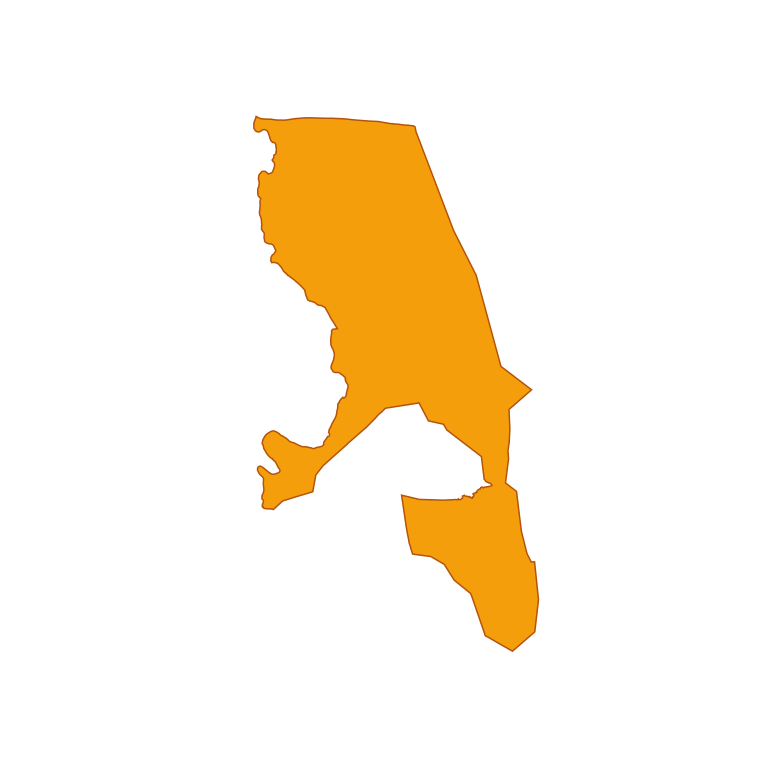 outline of Santiago Jamiltepec, Oaxaca, Mexico, rotated 146°
{"feature_id": "50627088B72731607601772", "entity_name": "Santiago Jamiltepec", "entity_type": "district", "adm_level": 2, "iso_a3": "MEX", "parent_name": "Mexico", "parent_adm1": "Oaxaca", "projection": "robinson", "projection_center": [-97.731, 16.225], "detail": "fine", "context": "isolated", "style": "filled", "palette": "amber", "viewbox_px": 768, "rotation_deg": 146, "n_neighbors": 0, "source": "geoboundaries", "source_scale": "gbopen_adm2", "svg_char_len": 6108}
<svg xmlns="http://www.w3.org/2000/svg" viewBox="0 0 768 768"><g transform="rotate(146 384 384)"><path d="M264.9,296.7L277.2,333.2L246.8,422.5L240.5,472.2L216.4,575.2L214.5,579.8L215.2,581.5L219.5,585.2L220.4,585.8L221.7,586.8L227.4,591.8L229.3,593.2L231.2,594.9L232.5,595.8L242.2,605.0L248.8,609.9L259.9,618.7L269.0,626.3L278.7,633.5L284.6,637.5L296.0,645.7L300.9,648.9L303.0,650.2L305.3,651.4L307.5,652.7L311.5,654.8L316.4,657.0L319.0,658.4L323.7,661.7L325.7,663.1L329.8,666.9L331.3,667.8L337.2,672.3L338.3,673.5L340.4,677.3L341.8,676.0L344.6,674.2L345.9,673.1L346.8,671.9L348.9,668.6L349.0,665.7L348.4,664.7L348.3,664.2L346.5,662.7L344.8,662.6L343.9,662.5L343.3,662.8L342.9,662.7L340.9,661.9L339.8,660.5L339.4,659.5L339.3,658.6L339.5,656.9L340.0,655.6L340.0,654.8L340.3,654.2L340.6,652.9L341.2,651.5L341.6,649.5L341.6,648.5L341.4,647.0L341.2,646.5L340.0,645.6L339.6,644.4L339.9,642.9L341.0,641.0L341.6,639.5L343.2,637.0L343.3,637.0L343.5,636.8L343.8,636.9L344.0,636.8L344.1,635.8L345.0,635.3L345.5,635.2L347.0,635.4L347.5,635.1L347.6,634.8L348.3,633.9L349.2,633.1L349.5,632.9L350.6,632.6L351.5,632.2L351.7,630.9L351.4,630.4L351.2,628.9L351.7,627.8L351.7,627.5L353.2,625.6L355.0,624.1L356.1,623.5L356.7,622.8L357.6,622.3L359.2,621.8L362.6,623.0L362.9,625.1L363.7,626.8L364.7,627.6L365.6,628.2L366.4,628.4L369.1,627.8L370.9,627.1L372.4,625.5L373.0,624.9L374.0,623.0L374.5,621.1L375.7,619.6L376.6,618.7L376.9,618.1L377.7,617.3L378.2,617.3L379.2,616.6L381.1,614.1L382.6,611.6L383.0,610.0L382.9,608.6L382.4,606.8L384.8,604.7L385.1,604.3L385.6,603.1L385.8,603.1L385.9,602.5L388.8,598.9L389.6,597.6L390.8,596.7L391.8,595.1L392.4,593.7L392.8,591.4L393.7,588.9L395.8,585.3L396.0,584.7L397.9,582.4L399.0,580.6L399.0,580.2L399.1,579.2L399.0,577.9L398.9,577.2L398.9,576.5L399.2,575.5L401.8,572.2L401.9,571.6L403.2,568.8L402.6,566.7L401.0,564.6L399.1,563.0L398.5,561.7L398.2,560.7L398.2,560.0L398.5,558.7L398.6,558.4L399.0,555.5L399.4,554.9L401.1,553.9L402.9,553.4L404.5,553.4L406.6,552.3L408.8,549.9L408.9,549.2L409.1,549.1L409.1,548.7L409.2,547.3L408.2,546.9L407.0,546.1L405.3,544.3L404.9,543.7L404.7,542.9L404.4,542.5L403.9,538.1L404.2,533.6L403.4,530.3L403.2,530.2L403.0,527.8L402.4,527.1L402.4,526.9L402.0,525.4L400.3,520.8L399.6,517.9L399.1,516.5L397.9,511.0L397.2,506.3L399.1,501.4L400.2,496.4L399.3,494.6L396.0,490.6L394.8,486.8L393.4,485.2L392.3,484.4L390.1,480.5L390.7,472.6L391.2,469.5L391.4,465.7L391.4,462.5L391.8,455.9L396.0,458.1L397.7,457.4L398.9,455.6L403.3,450.7L406.2,446.0L406.3,445.0L406.7,443.8L406.8,441.6L407.9,437.8L409.3,435.2L411.2,433.5L412.3,432.2L416.8,429.2L417.8,428.3L418.7,427.3L419.0,426.8L419.1,426.0L419.0,425.3L419.3,423.3L419.2,422.4L417.9,420.7L416.3,419.6L415.8,419.4L415.1,418.9L413.6,414.9L412.9,412.6L412.6,411.3L413.4,409.1L413.7,409.2L414.3,407.3L414.3,404.3L414.7,402.8L416.3,400.7L417.4,400.1L418.9,398.6L420.6,397.1L421.1,396.4L422.0,395.5L423.0,395.0L423.9,394.8L425.2,394.8L425.5,396.0L428.0,395.6L430.6,394.6L431.3,394.1L431.2,393.9L431.8,393.6L432.7,393.5L433.4,393.3L436.2,389.5L437.0,389.0L438.9,387.1L439.6,386.1L440.2,385.6L440.3,385.6L441.2,384.6L443.9,382.8L444.8,382.5L445.5,382.1L448.9,380.4L452.5,378.1L455.3,376.6L455.6,376.1L456.9,374.8L457.0,373.8L457.1,372.9L458.0,371.9L458.6,371.5L458.9,371.4L460.2,372.0L460.9,371.5L465.0,370.0L466.1,369.6L466.5,369.4L466.8,369.0L467.6,368.1L467.8,367.6L468.1,367.4L470.1,367.0L472.2,367.7L475.4,369.1L475.9,369.1L476.6,369.3L478.3,369.7L479.4,370.7L480.0,371.7L481.5,373.1L482.5,374.4L483.7,375.4L486.5,377.6L487.4,378.5L488.8,380.7L491.6,385.7L492.9,387.1L494.0,388.6L494.5,389.8L495.1,392.6L495.9,394.9L496.2,395.2L496.8,396.9L498.2,399.1L498.5,400.1L498.6,401.3L499.4,403.3L500.2,404.8L501.6,406.8L502.6,407.3L504.3,407.9L508.2,408.1L510.0,408.0L510.3,407.8L512.1,407.3L513.7,406.5L515.8,405.3L518.4,402.7L518.4,401.1L519.7,397.7L520.1,392.0L520.0,390.1L519.7,387.8L518.8,385.0L518.5,384.4L518.3,384.4L518.5,383.9L517.6,380.3L517.8,378.9L517.7,378.3L518.3,374.6L518.3,371.2L518.7,370.3L519.3,369.7L520.3,369.5L521.4,369.5L522.3,369.8L522.9,369.9L525.6,370.6L526.8,371.6L527.4,371.9L527.9,373.0L529.0,375.5L530.3,380.0L531.0,382.3L531.8,384.1L532.5,385.1L533.3,385.5L534.7,385.6L536.2,384.6L537.0,383.3L537.3,381.6L537.6,379.3L537.2,377.2L536.5,374.1L536.6,373.4L537.9,371.3L539.3,369.6L541.1,366.6L541.7,365.3L542.6,363.7L543.5,362.6L544.5,361.6L545.6,360.8L547.2,359.9L547.8,359.4L548.7,358.1L549.4,357.0L549.4,356.5L549.1,355.3L549.3,354.4L550.4,353.3L551.9,352.4L552.6,351.6L552.8,351.4L552.8,350.5L553.2,350.7L553.3,350.5L553.5,349.7L553.3,348.9L552.8,347.9L551.9,346.8L549.5,345.1L549.1,344.6L548.2,344.3L547.0,343.1L545.9,341.8L533.5,343.7L524.9,341.2L503.3,334.5L491.4,346.7L480.4,350.3L447.8,354.7L447.7,354.9L422.1,358.1L410.8,360.4L404.9,361.9L401.8,362.1L396.3,363.1L365.5,348.7L367.8,328.6L357.2,317.4L357.6,310.6L343.8,269.4L354.3,248.8L353.9,247.7L354.1,246.8L353.7,245.5L352.6,243.7L351.3,242.3L351.1,239.7L351.4,239.5L353.4,239.9L357.6,241.9L358.1,242.2L359.6,242.3L359.8,242.9L360.0,242.8L360.2,243.5L360.5,243.8L361.1,244.0L361.8,244.0L362.7,243.2L363.0,243.2L363.2,243.5L364.9,243.6L366.3,243.5L366.7,243.1L367.4,242.9L367.7,242.2L368.9,242.6L369.0,242.8L369.4,242.5L369.9,242.5L370.4,242.8L370.7,243.2L371.6,243.2L371.9,242.5L371.7,241.5L372.1,241.0L373.3,240.4L373.6,240.5L373.9,240.8L374.3,240.1L374.5,239.9L374.8,240.0L375.7,241.3L375.9,242.8L376.1,242.9L376.4,242.7L376.8,242.8L377.1,243.0L377.4,243.9L378.1,244.7L378.8,245.1L379.2,245.5L379.4,245.9L379.7,246.4L379.6,246.8L381.7,247.2L382.2,246.0L382.6,245.6L383.9,245.6L384.8,245.4L385.7,245.6L386.4,246.1L386.6,247.2L388.1,247.1L389.5,248.4L391.1,249.2L399.9,254.6L419.3,268.6L431.6,282.0L445.6,252.8L448.1,247.2L450.3,241.9L452.0,238.2L453.1,234.1L453.7,232.7L455.4,227.0L441.7,214.8L434.9,200.8L435.5,182.1L429.4,162.0L429.8,159.5L440.8,118.5L439.5,116.3L432.7,102.3L426.9,90.7L424.9,90.9L397.6,94.2L376.6,118.7L358.6,152.4L361.5,154.2L360.2,163.7L352.5,185.0L338.5,212.5L334.2,220.8L338.6,234.0L322.5,252.4L318.5,259.4L312.6,265.9L304.9,276.2L294.6,293.0L264.9,296.7Z" fill="#f59e0b" stroke="#b45309" stroke-width="1.5"/></g></svg>